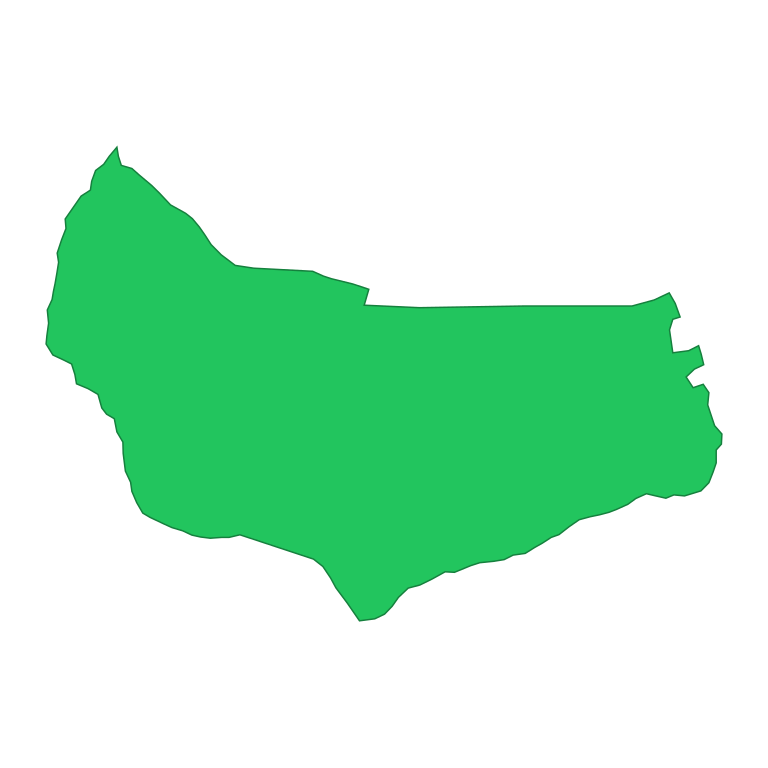 outline of Cruzeiro do Sul, Paraná, Brazil
{"feature_id": "56859067B8108484370464", "entity_name": "Cruzeiro do Sul", "entity_type": "district", "adm_level": 2, "iso_a3": "BRA", "parent_name": "Brazil", "parent_adm1": "Paraná", "projection": "mercator", "projection_center": [-52.164, -22.981], "detail": "fine", "context": "isolated", "style": "filled", "palette": "green", "viewbox_px": 768, "rotation_deg": 0, "n_neighbors": 0, "source": "geoboundaries", "source_scale": "gbopen_adm2", "svg_char_len": 1787}
<svg xmlns="http://www.w3.org/2000/svg" viewBox="0 0 768 768"><path d="M142.8,513.1L150.1,517.4L163.6,523.8L172.0,527.6L182.7,530.8L191.9,535.1L200.5,537.0L210.3,538.2L221.5,537.4L229.0,537.4L239.9,534.8L313.5,559.1L322.9,566.5L330.6,578.0L335.9,587.8L347.3,603.1L359.5,620.8L374.8,618.8L384.6,614.1L392.2,606.2L398.4,597.4L408.2,588.1L419.9,585.0L432.1,579.0L445.1,571.8L454.5,572.3L470.8,565.6L479.8,562.7L493.6,561.3L504.2,559.6L513.1,555.1L525.2,553.4L534.6,547.5L542.4,543.1L551.2,537.4L559.0,534.6L569.1,526.7L579.2,519.7L590.3,516.7L599.5,514.8L609.0,512.3L616.3,509.5L628.0,504.2L635.8,498.5L646.4,493.7L655.7,495.9L665.9,498.2L673.9,494.9L684.5,495.9L700.9,490.9L708.9,482.7L713.1,472.0L716.2,462.9L716.2,450.0L721.4,444.1L721.9,434.0L714.6,425.7L707.7,404.9L708.9,392.7L703.2,384.3L693.1,387.7L686.1,377.0L694.4,369.1L703.7,364.7L701.2,354.2L698.6,345.7L688.7,350.7L672.8,352.8L671.1,340.9L669.5,329.9L672.8,319.3L680.1,317.0L675.2,303.4L669.2,292.9L654.1,300.0L632.1,306.0L591.8,306.0L568.6,306.0L525.2,306.0L419.5,307.7L364.2,305.2L368.8,289.3L352.8,284.0L331.3,278.7L323.4,276.1L312.7,271.3L253.8,268.2L235.2,265.4L221.2,254.8L211.1,244.6L205.1,235.3L199.4,227.1L192.4,218.7L185.6,213.3L170.5,204.9L159.9,193.6L151.7,185.5L139.2,175.0L131.9,168.5L121.3,165.4L118.4,156.4L116.9,147.2L109.4,156.1L103.7,164.3L95.6,170.5L91.7,181.2L90.4,190.1L81.1,196.1L72.5,208.5L65.2,219.0L66.0,228.5L61.6,239.8L57.2,253.1L58.6,262.3L57.0,272.5L55.1,283.5L53.4,291.6L52.1,299.5L47.3,310.0L48.6,323.2L46.9,335.6L46.1,344.0L52.9,355.0L63.2,359.8L71.6,364.0L74.9,374.5L76.5,383.8L88.0,388.6L98.0,394.4L101.8,408.0L106.6,414.2L114.3,418.7L116.9,431.9L122.9,442.1L123.2,453.4L125.4,471.1L130.6,482.2L131.9,491.4L136.7,502.6L142.8,513.1Z" fill="#22c55e" stroke="#15803d" stroke-width="1.5"/></svg>